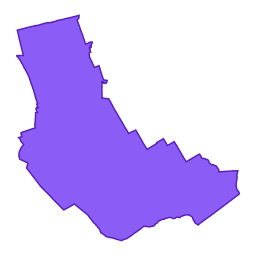 outline of Dumbrava, Timis, Romania
{"feature_id": "2599482B982820047734", "entity_name": "Dumbrava", "entity_type": "district", "adm_level": 2, "iso_a3": "ROU", "parent_name": "Romania", "parent_adm1": "Timis", "projection": "albers", "projection_center": [22.126, 45.823], "detail": "fine", "context": "isolated", "style": "filled", "palette": "violet", "viewbox_px": 256, "rotation_deg": 0, "n_neighbors": 0, "source": "geoboundaries", "source_scale": "gbopen_adm2", "svg_char_len": 5557}
<svg xmlns="http://www.w3.org/2000/svg" viewBox="0 0 256 256"><path d="M239.2,194.0L239.2,193.3L239.0,192.4L238.3,191.2L237.5,190.4L237.1,189.7L236.7,188.8L236.3,187.1L236.2,185.8L236.1,184.3L236.1,183.5L236.5,181.6L236.7,179.7L237.1,178.1L237.1,177.3L236.9,175.7L237.0,174.7L237.1,173.7L237.9,170.8L236.8,170.7L234.4,170.9L233.4,170.8L232.2,170.9L231.1,171.1L226.8,171.3L223.8,171.5L223.3,171.6L222.4,171.7L220.8,171.7L219.1,172.1L219.0,171.1L218.8,170.3L218.5,169.4L217.2,167.4L216.3,166.1L213.7,164.9L212.5,164.7L211.7,164.7L211.1,164.3L209.8,163.3L209.2,162.5L208.8,161.8L208.7,161.1L208.5,160.6L208.1,160.1L207.6,159.7L207.2,159.6L206.8,159.4L206.3,159.3L205.3,158.9L204.3,158.7L203.9,158.4L203.1,158.3L202.7,158.4L202.0,158.3L201.6,158.0L201.3,157.5L201.3,157.1L201.2,156.7L201.0,156.2L200.4,155.3L200.2,155.0L199.7,154.7L199.4,154.2L199.1,154.2L186.1,161.8L185.6,160.8L183.8,158.0L183.2,156.8L182.0,154.9L179.5,150.4L177.8,147.7L176.7,145.4L175.9,144.5L174.1,141.6L171.4,143.3L167.4,145.5L165.5,142.1L163.4,138.7L156.6,142.7L157.0,143.3L155.3,144.4L150.3,147.4L148.9,148.1L147.8,148.9L147.1,149.3L146.1,147.8L144.8,145.6L144.1,144.6L143.3,143.4L140.8,138.7L140.7,138.6L138.8,135.3L138.4,134.7L138.1,134.1L137.3,132.8L136.8,131.9L136.5,131.4L136.3,131.1L136.1,130.7L135.7,130.1L131.2,132.1L128.6,133.5L127.3,131.1L125.3,128.0L120.3,119.2L118.9,117.1L118.6,116.3L114.8,109.9L114.4,109.4L112.8,106.2L112.5,105.8L111.9,104.5L110.7,102.4L110.5,101.7L109.7,100.6L109.2,99.7L108.8,98.8L103.1,98.2L102.0,98.2L102.0,97.9L102.4,97.6L102.4,97.4L102.1,97.2L101.9,90.6L101.8,90.0L102.0,86.9L101.8,81.6L102.5,81.5L103.2,81.8L103.2,82.0L103.0,82.4L103.0,82.7L103.2,83.0L103.6,83.3L104.1,83.4L104.6,83.2L105.0,83.1L106.0,83.2L106.3,83.1L106.5,82.6L107.2,81.0L107.2,80.6L106.9,80.3L106.3,80.2L105.6,80.2L105.0,80.4L104.7,80.2L104.2,79.9L103.6,79.7L102.6,77.4L100.9,72.0L99.1,65.9L99.0,65.7L94.3,67.5L94.0,66.6L93.5,65.6L93.2,65.2L92.9,64.4L92.6,63.7L92.4,63.1L91.4,61.0L90.3,58.8L89.4,56.5L89.3,55.5L89.3,54.6L89.2,54.3L89.2,53.7L89.3,52.8L90.8,51.9L89.8,49.7L90.0,49.6L90.1,49.3L90.0,48.9L89.5,48.5L89.3,47.9L89.5,47.7L89.8,47.4L90.1,47.5L90.5,47.6L91.0,47.4L91.0,47.1L90.7,46.9L90.5,46.7L91.2,46.5L91.3,46.3L91.0,46.1L90.9,45.9L90.8,45.7L90.7,45.6L90.7,45.4L91.2,45.3L91.3,45.1L91.4,44.5L91.6,43.6L91.9,43.2L92.3,43.0L92.3,42.1L91.8,42.1L90.7,42.0L90.4,42.0L88.3,43.0L87.7,43.4L87.2,43.5L85.9,44.2L85.6,43.8L85.2,43.0L84.7,42.0L84.5,41.0L84.4,40.4L83.4,37.9L82.9,36.3L82.4,34.5L81.6,32.6L80.9,30.7L80.6,29.9L80.0,28.1L79.5,26.7L77.2,20.3L77.2,20.1L77.3,19.9L77.5,19.6L78.8,18.3L78.8,17.9L78.9,16.8L79.1,15.4L78.7,15.5L77.1,15.9L74.8,16.5L73.2,16.8L72.2,17.2L71.7,17.2L70.9,17.5L70.1,17.6L67.4,18.3L65.9,18.5L63.9,19.1L63.6,19.2L62.3,19.6L61.8,19.6L60.9,19.8L59.2,20.1L56.7,20.7L55.6,21.3L54.6,21.6L54.0,21.7L53.5,21.7L53.1,21.8L52.7,22.0L52.3,22.0L51.9,22.3L51.6,22.3L51.5,22.5L50.0,22.7L49.7,22.5L48.7,22.8L47.5,22.8L46.3,22.9L40.6,24.5L39.2,25.0L36.1,25.7L35.9,25.8L35.8,25.5L34.3,25.9L25.9,27.9L23.2,28.7L17.3,30.1L19.4,39.3L23.1,54.4L23.3,55.5L16.8,55.6L16.8,56.1L17.2,56.6L17.8,57.1L18.4,57.4L18.4,57.5L19.1,58.8L19.8,59.8L21.1,61.9L21.5,62.9L22.3,63.9L23.1,65.4L23.5,66.4L23.6,66.7L23.8,67.1L24.0,67.5L24.6,68.4L25.1,69.3L25.9,70.8L27.7,74.1L28.6,76.0L29.2,77.5L29.5,78.5L29.7,79.3L30.3,80.7L30.9,82.9L31.6,84.7L31.6,85.0L31.8,85.3L32.0,85.6L32.2,86.1L32.9,88.5L33.3,89.4L34.0,91.4L34.1,92.0L34.2,92.8L34.9,94.7L35.1,95.9L35.6,97.9L36.0,98.9L37.7,103.7L36.7,104.0L37.0,104.8L37.6,106.6L37.4,106.8L37.5,106.9L37.9,107.3L38.2,107.5L38.3,107.7L38.3,108.0L38.2,108.1L37.9,108.1L37.3,107.5L37.1,107.3L36.8,107.3L36.5,107.4L36.4,107.8L36.4,108.0L36.2,108.5L35.9,108.9L36.0,109.3L36.8,111.1L37.5,112.3L37.3,112.4L37.1,112.3L36.9,112.1L36.1,112.6L35.8,112.6L35.6,112.7L35.5,113.0L35.6,113.6L35.6,115.3L35.3,119.9L34.8,125.8L35.5,127.8L29.9,129.6L28.3,130.2L22.1,132.3L21.2,132.7L21.0,132.9L21.0,133.1L21.1,133.9L21.8,136.7L18.7,137.6L19.0,137.9L20.0,139.0L20.4,139.7L20.9,141.3L21.5,142.1L22.7,143.3L23.6,144.5L20.9,148.1L19.5,151.5L19.0,153.4L18.9,154.5L18.9,155.3L19.0,156.3L19.7,159.0L20.5,159.6L21.3,159.9L22.7,160.5L28.0,163.2L28.0,163.4L26.6,167.7L26.6,168.0L39.4,184.7L41.2,187.0L49.4,195.2L52.5,198.6L63.5,209.8L63.8,209.9L67.2,208.1L74.4,204.0L85.1,212.8L85.6,213.1L87.6,214.8L88.1,215.1L88.3,215.6L89.8,217.8L91.5,219.8L92.9,221.8L93.9,222.9L95.1,223.8L95.4,224.4L95.9,225.1L96.3,225.2L96.5,225.4L96.7,225.6L97.3,226.6L97.9,227.5L99.7,229.4L100.1,230.8L100.8,232.6L104.5,235.0L105.9,236.5L109.7,237.5L112.1,237.8L113.8,238.3L115.1,238.8L119.7,240.1L121.3,240.6L121.9,240.5L122.9,239.9L124.2,239.3L125.6,238.9L126.2,238.9L127.5,238.1L128.5,237.4L129.9,236.6L133.8,233.6L134.5,233.2L139.6,229.6L141.1,228.4L142.0,227.6L143.9,226.2L144.8,226.4L146.3,226.6L147.1,226.4L147.7,226.4L148.4,226.8L149.1,226.9L152.5,226.2L154.0,225.8L154.3,225.7L154.8,224.6L155.1,224.5L156.2,223.4L157.1,223.0L157.6,222.0L158.3,221.4L160.9,220.0L161.9,219.4L162.4,219.2L162.9,219.4L163.4,219.3L164.6,219.1L166.2,218.0L167.0,218.1L167.6,218.0L168.7,217.5L169.5,217.4L170.5,217.5L171.5,217.7L172.1,218.0L172.6,218.4L173.0,218.6L174.1,218.5L174.9,218.3L175.5,218.0L176.0,217.5L176.8,217.1L177.5,217.1L178.1,217.4L179.2,217.4L179.6,217.5L179.8,217.6L180.1,217.5L180.4,217.2L180.9,216.6L181.1,216.4L183.3,215.7L184.4,215.2L186.2,214.9L187.7,214.8L189.6,215.4L190.8,216.0L192.0,216.7L192.6,217.9L193.3,219.8L194.4,221.6L194.7,222.3L195.3,223.1L196.3,223.8L198.3,225.0L199.3,223.8L202.2,221.7L211.7,214.8L232.3,199.3L239.2,194.0Z" fill="#8b5cf6" stroke="#5b21b6" stroke-width="1.5"/></svg>